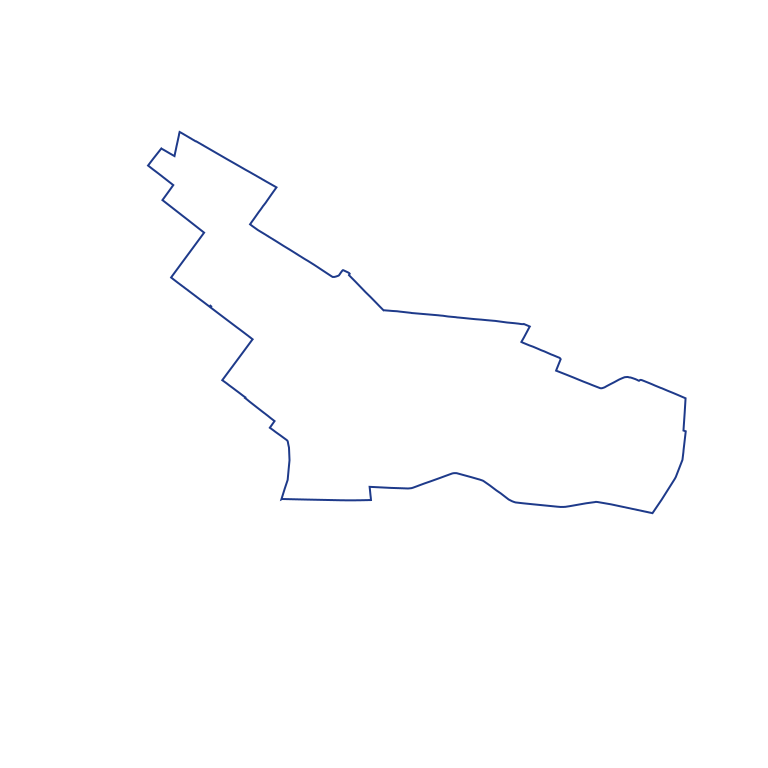 Dorobantu, Calarasi, Romania, rotated 294°
{"feature_id": "2599482B87906677909085", "entity_name": "Dorobantu", "entity_type": "district", "adm_level": 2, "iso_a3": "ROU", "parent_name": "Romania", "parent_adm1": "Calarasi", "projection": "equal_earth", "projection_center": [27.004, 44.232], "detail": "fine", "context": "isolated", "style": "outline", "palette": "blue", "viewbox_px": 768, "rotation_deg": 294, "n_neighbors": 0, "source": "geoboundaries", "source_scale": "gbopen_adm2", "svg_char_len": 4101}
<svg xmlns="http://www.w3.org/2000/svg" viewBox="0 0 768 768"><g transform="rotate(294 384 384)"><path d="M491.9,80.6L487.6,79.6L486.0,86.0L485.0,90.4L480.0,110.6L472.7,109.1L461.9,106.8L455.7,131.7L455.0,134.6L449.1,158.1L434.9,155.0L412.2,150.0L395.8,146.4L394.7,146.2L393.9,149.4L392.5,155.2L388.5,172.6L387.3,177.7L386.3,182.0L385.6,185.2L383.7,193.2L384.9,193.5L384.6,194.6L383.4,194.4L379.4,211.5L378.7,214.5L375.9,226.6L375.2,229.8L374.0,235.0L373.0,239.2L371.4,245.8L369.8,245.4L355.7,242.3L321.7,234.7L320.6,240.0L319.8,243.2L318.8,247.8L318.0,251.2L317.4,253.9L315.7,261.1L315.4,262.8L314.7,262.7L314.6,263.3L314.1,265.2L313.2,268.4L312.0,273.2L310.9,277.6L309.3,284.1L307.7,290.8L306.8,294.1L305.6,299.1L297.6,297.5L296.7,301.8L296.1,304.3L295.3,308.2L294.9,310.2L294.2,313.4L293.3,317.6L293.0,318.6L292.5,319.3L292.0,319.7L289.8,321.2L287.2,323.1L275.9,328.7L269.3,330.9L257.2,335.0L247.9,335.9L238.5,337.0L236.9,337.2L237.5,337.7L247.2,360.9L260.8,393.2L265.2,403.2L268.7,410.8L272.7,419.3L274.7,418.2L277.4,416.6L280.4,414.9L284.2,412.7L287.5,421.2L291.9,432.6L296.7,444.4L296.9,444.9L298.3,448.4L299.3,450.2L300.0,451.4L301.0,452.6L304.1,455.8L306.0,457.7L309.6,461.4L313.8,465.9L320.6,473.0L324.6,477.1L330.0,482.7L330.6,483.5L331.2,484.5L331.6,485.4L332.1,486.7L332.5,489.3L333.2,493.9L334.4,501.7L335.4,508.9L335.6,510.1L335.9,513.5L335.8,514.5L334.9,519.3L334.3,522.3L332.5,530.0L331.6,535.0L330.7,538.7L329.8,542.4L329.2,544.9L329.1,547.0L329.0,548.6L329.1,550.5L329.3,552.3L331.8,560.2L334.8,569.3L342.5,592.5L343.6,595.6L345.4,599.4L347.9,603.3L357.2,617.1L361.9,624.7L362.5,625.5L363.1,627.3L366.4,640.3L375.2,681.8L391.3,684.7L415.4,688.2L417.7,688.4L436.1,687.5L443.6,685.2L445.0,684.7L445.6,684.5L463.5,678.9L463.3,676.5L479.7,670.5L493.6,665.3L493.5,656.3L493.4,651.5L493.2,645.8L493.1,639.3L493.0,638.7L492.8,632.0L492.8,629.2L492.7,625.6L492.5,620.0L492.4,617.9L492.3,617.5L492.2,616.9L491.9,616.5L491.5,616.1L491.0,615.9L490.7,615.7L490.6,615.4L490.6,614.9L490.7,613.9L490.7,613.1L490.7,611.6L490.4,608.1L490.2,606.5L489.8,605.4L489.6,604.0L489.3,603.2L488.9,602.6L488.3,601.4L487.7,600.7L487.3,600.3L485.6,598.7L484.5,597.7L483.6,596.9L478.9,593.3L476.2,591.1L472.5,588.2L470.7,586.9L469.1,585.2L468.5,584.3L468.2,583.5L468.1,582.7L467.7,574.7L467.6,571.2L467.3,565.2L467.1,558.6L467.0,554.7L466.7,546.9L466.3,538.1L466.2,535.8L467.7,535.7L473.1,535.5L478.5,535.3L478.6,535.1L479.0,534.6L479.2,534.1L479.3,533.5L479.2,530.2L479.2,529.6L479.1,526.1L479.0,525.0L479.0,521.9L479.0,520.3L479.0,517.2L478.8,513.9L478.8,510.6L478.7,505.1L478.4,501.0L478.2,493.5L478.3,492.4L483.3,492.9L488.9,493.3L494.8,493.7L495.8,493.8L495.8,492.1L495.7,487.3L495.3,486.9L494.6,485.1L493.9,482.5L492.6,478.4L490.2,471.3L486.9,460.0L486.1,457.7L484.2,452.2L482.4,446.8L480.3,440.9L478.5,435.5L476.9,430.6L475.0,424.9L474.7,424.2L474.2,422.3L471.7,415.0L470.3,410.0L469.7,408.3L468.7,405.2L460.0,380.1L460.0,379.8L458.0,373.5L456.6,369.1L455.8,366.4L455.2,364.8L454.3,362.4L452.9,358.4L451.8,355.3L451.4,354.1L451.3,353.9L451.1,353.7L453.2,348.3L454.7,344.6L457.2,338.3L457.8,336.8L460.5,329.5L465.9,316.2L469.2,307.7L469.4,307.7L470.1,307.8L470.8,307.8L471.1,307.2L471.3,305.9L471.4,300.5L471.2,300.1L470.5,299.8L468.4,299.3L465.1,298.7L464.4,298.3L462.7,296.5L461.6,295.1L460.9,293.5L461.2,291.4L464.5,271.5L465.5,264.5L465.9,260.9L466.9,253.7L468.2,244.7L469.3,236.1L470.5,227.8L471.6,219.5L472.4,213.8L473.0,208.9L473.4,205.8L473.5,205.5L473.9,203.5L474.7,199.6L475.4,196.7L478.0,197.2L483.4,198.3L486.4,198.9L490.0,199.6L493.0,200.3L496.0,200.9L497.3,201.1L497.9,201.3L500.3,201.9L501.1,202.1L502.1,202.3L503.8,202.6L506.9,203.2L509.5,203.7L511.1,204.0L514.6,204.7L516.5,205.1L519.9,205.8L520.1,203.9L521.0,194.5L523.0,175.0L523.4,170.2L524.7,157.7L525.5,149.5L527.8,127.8L529.3,113.6L529.1,113.2L530.8,98.4L531.0,96.4L531.1,94.8L528.8,95.2L527.8,95.5L524.4,96.2L520.6,97.0L517.1,97.7L513.5,98.5L511.0,99.0L507.5,99.8L507.0,99.9L507.2,97.7L507.5,94.7L508.0,90.2L508.2,88.3L508.4,86.2L508.5,85.1L508.6,84.8L496.1,81.6L491.9,80.6Z" fill="none" stroke="#1e3a8a" stroke-width="2"/></g></svg>